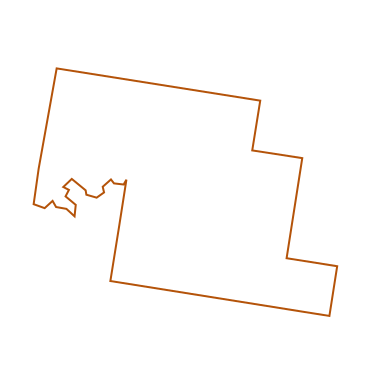 Okfuskee, Oklahoma, United States of America (Robinson projection), rotated 9°
{"feature_id": "52423323B78469060482837", "entity_name": "Okfuskee", "entity_type": "district", "adm_level": 2, "iso_a3": "USA", "parent_name": "United States of America", "parent_adm1": "Oklahoma", "projection": "robinson", "projection_center": [-96.434, 35.464], "detail": "fine", "context": "isolated", "style": "outline", "palette": "amber", "viewbox_px": 384, "rotation_deg": 9, "n_neighbors": 0, "source": "geoboundaries", "source_scale": "gbopen_adm2", "svg_char_len": 529}
<svg xmlns="http://www.w3.org/2000/svg" viewBox="0 0 384 384"><g transform="rotate(9 192 192)"><path d="M36.9,193.0L37.5,228.8L49.0,231.0L55.7,222.6L60.1,228.1L70.6,228.3L79.8,234.4L79.2,222.9L67.8,216.1L70.1,209.2L64.1,207.2L71.2,197.9L86.7,207.0L88.1,211.2L98.7,212.5L105.2,206.2L103.0,200.8L110.0,192.3L113.6,195.7L123.3,195.3L125.3,190.1L125.4,236.6L125.3,292.7L321.5,292.9L347.1,292.9L347.0,242.6L295.8,242.6L295.6,141.3L245.0,141.5L245.1,91.1L39.0,91.1L36.9,193.0Z" fill="none" stroke="#b45309" stroke-width="2"/></g></svg>